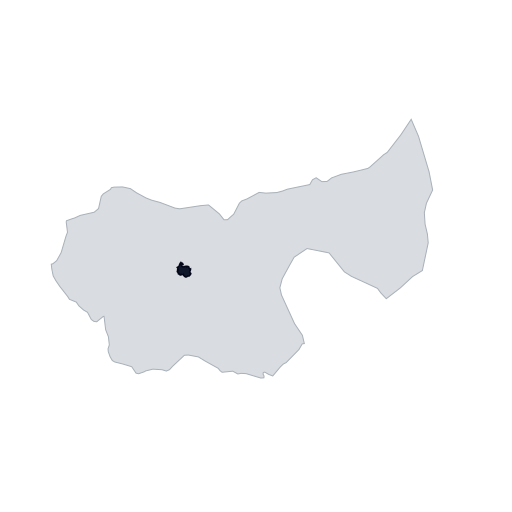 location of Kalsnavas pag., Madona, Latvia, rotated 158°
{"feature_id": "27541924B10280579441217", "entity_name": "Kalsnavas pag.", "entity_type": "district", "adm_level": 2, "iso_a3": "LVA", "parent_name": "Latvia", "parent_adm1": "Madona", "projection": "orthographic", "projection_center": [25.941, 56.721], "detail": "fine", "context": "in_parent", "style": "filled", "palette": "ink", "viewbox_px": 512, "rotation_deg": 158, "n_neighbors": 0, "source": "geoboundaries", "source_scale": "gbopen_adm2", "svg_char_len": 4397}
<svg xmlns="http://www.w3.org/2000/svg" viewBox="0 0 512 512"><g transform="rotate(158 256 256)"><path d="M364.5,373.5L361.7,373.0L353.8,370.0L347.2,365.5L343.2,359.5L336.4,351.2L331.9,346.9L324.9,341.6L313.2,330.8L309.0,328.3L288.4,323.4L280.9,321.1L274.2,308.8L272.1,301.6L268.8,300.3L265.1,301.7L261.0,303.1L251.6,311.2L248.6,312.4L242.8,312.3L229.3,313.8L223.3,310.6L212.8,307.0L207.0,306.3L201.9,306.2L179.4,302.1L175.1,305.5L170.9,306.0L167.1,300.3L162.2,298.5L156.5,300.1L146.4,299.8L134.5,297.5L119.4,295.3L117.1,295.8L99.7,302.1L95.5,302.9L76.3,314.1L60.9,324.6L60.5,306.0L64.0,269.2L67.5,251.0L78.2,241.1L83.7,233.1L87.3,222.2L88.9,212.0L91.4,203.7L107.2,180.2L118.5,178.3L134.0,172.4L151.2,167.6L154.1,175.0L155.5,180.5L175.1,201.3L180.0,208.2L187.1,231.5L205.9,243.8L221.1,240.6L227.9,235.2L240.2,225.1L245.8,217.6L247.0,210.2L245.6,178.8L242.7,165.1L244.0,156.7L246.1,157.2L251.2,153.2L267.9,145.9L271.2,145.6L274.9,144.1L285.4,138.5L288.7,141.6L291.4,145.1L292.9,145.2L293.7,143.9L293.5,141.7L294.3,140.1L297.2,141.0L309.2,150.6L313.8,152.8L317.0,153.4L320.7,157.9L331.0,160.9L332.3,163.2L333.1,166.0L342.8,178.0L347.2,184.0L355.8,189.5L359.6,190.8L374.6,185.0L378.8,183.0L382.2,182.9L385.8,185.8L394.0,189.7L401.3,190.8L402.7,190.5L408.9,190.8L411.1,192.3L412.7,199.9L420.0,205.8L426.6,210.6L428.4,212.9L429.0,217.3L428.8,222.6L428.0,225.3L425.3,228.5L423.1,236.4L423.0,244.0L419.5,257.0L420.3,257.2L428.3,254.7L430.7,256.0L432.5,258.8L433.3,266.9L436.1,270.5L438.9,276.1L439.9,280.6L445.2,285.7L445.8,289.1L449.3,301.2L450.8,308.1L451.5,313.5L450.2,320.4L448.9,325.1L447.3,324.9L442.6,326.3L435.4,332.1L424.7,345.6L421.9,348.6L419.2,358.7L418.5,359.7L412.1,359.4L410.3,359.2L403.8,359.5L389.6,357.2L384.2,359.0L377.1,369.3L374.3,370.8L366.0,372.3L364.5,373.5Z" fill="#d9dde1" stroke="#a8b0b8" stroke-width="1"/><path d="M322.8,271.5L323.0,271.7L323.0,271.8L323.3,271.9L323.3,272.0L323.5,272.1L323.8,272.4L324.0,272.4L324.2,272.5L324.3,272.5L324.4,272.4L324.4,272.5L324.5,272.6L325.2,272.7L325.1,272.8L325.5,273.0L325.8,273.0L325.8,272.9L326.1,272.9L326.2,272.7L326.6,272.6L327.0,272.7L327.1,272.8L327.3,272.9L327.5,273.0L327.5,273.6L327.8,273.6L328.1,273.5L328.3,273.7L328.3,273.9L328.6,274.1L328.8,274.3L328.4,274.9L328.2,275.3L328.0,275.6L327.8,275.7L327.6,275.8L326.8,275.7L326.9,276.8L327.3,276.8L327.6,277.0L328.0,277.1L328.0,277.3L328.0,277.5L328.0,277.8L327.9,277.9L327.9,278.0L328.0,278.2L328.3,278.0L328.4,277.9L328.7,277.8L328.8,277.8L329.0,277.7L329.3,277.4L329.2,277.4L329.3,277.2L329.2,276.9L329.3,276.6L329.4,276.4L329.8,276.2L330.0,276.1L330.5,276.0L330.7,275.8L330.8,275.7L331.2,275.5L331.4,275.4L331.6,275.3L331.7,275.2L331.8,275.1L332.1,275.1L332.3,275.0L332.9,275.0L333.2,275.0L333.4,274.9L333.3,274.6L333.2,274.5L333.1,274.3L333.1,274.0L333.0,273.8L333.1,273.6L333.6,273.0L333.4,272.6L333.5,272.5L333.6,272.4L333.2,272.3L333.2,272.1L333.3,272.1L333.2,272.0L333.2,271.9L333.4,271.9L333.5,271.8L333.8,271.7L334.2,271.7L334.7,271.2L334.4,270.8L334.5,270.6L334.7,270.4L334.9,270.3L335.0,270.3L334.9,270.3L334.8,270.2L334.8,270.3L334.7,270.3L334.5,270.5L334.5,270.4L334.4,270.4L334.3,270.2L334.3,269.9L334.2,269.7L334.3,269.4L334.3,269.1L334.5,269.0L334.5,268.9L334.7,268.6L334.6,268.4L334.4,268.2L334.1,268.1L333.7,268.0L333.7,267.9L333.6,267.7L333.6,267.4L333.7,267.2L333.3,266.7L332.7,266.6L332.6,266.8L332.3,266.7L332.2,266.8L332.1,266.7L332.0,266.8L331.9,266.9L331.5,266.6L331.3,266.5L331.0,266.3L330.9,266.3L330.8,266.2L330.6,266.2L330.6,265.9L330.5,265.7L330.4,265.8L330.4,265.7L330.2,265.7L330.3,265.4L330.3,265.2L330.3,264.9L330.2,264.8L330.2,264.7L329.9,264.4L329.9,264.2L329.9,263.9L329.8,263.7L329.7,263.7L329.4,263.4L329.2,263.3L329.2,263.2L328.9,263.1L328.8,262.9L328.8,263.0L328.7,262.9L328.7,262.7L327.7,262.7L327.5,262.8L326.9,263.1L326.2,262.8L325.9,262.6L325.8,262.8L325.8,262.7L325.7,262.7L325.4,262.7L324.5,262.9L323.9,263.4L323.3,263.7L323.2,263.8L323.0,264.1L323.0,264.3L323.2,264.5L323.3,264.6L323.2,264.9L323.5,265.4L323.5,265.5L323.6,265.9L323.5,266.0L323.4,266.3L323.2,266.4L322.8,266.7L322.8,267.0L322.6,267.0L322.4,267.2L322.4,267.3L322.2,267.4L322.1,267.5L321.8,267.9L321.9,268.0L321.9,268.3L322.0,268.4L321.9,268.5L322.0,268.5L322.2,268.8L322.2,269.0L322.3,269.0L322.5,269.2L322.5,270.0L322.6,270.3L322.6,270.5L322.4,270.8L322.4,271.0L322.7,271.2L322.6,271.3L322.8,271.5Z" fill="#0f172a" stroke="#020617" stroke-width="1.5"/></g></svg>